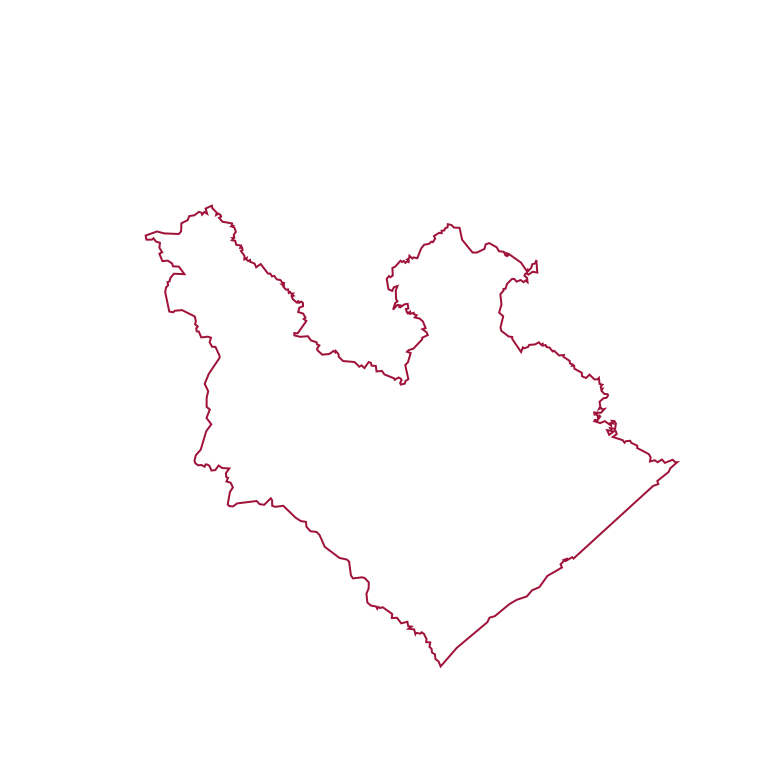 Tasikmalaya, Jawa Barat, Indonesia, rotated 308°
{"feature_id": "22746128B89217704079934", "entity_name": "Tasikmalaya", "entity_type": "district", "adm_level": 2, "iso_a3": "IDN", "parent_name": "Indonesia", "parent_adm1": "Jawa Barat", "projection": "albers", "projection_center": [108.182, -7.428], "detail": "fine", "context": "isolated", "style": "outline", "palette": "rose", "viewbox_px": 768, "rotation_deg": 308, "n_neighbors": 0, "source": "geoboundaries", "source_scale": "gbopen_adm2", "svg_char_len": 6166}
<svg xmlns="http://www.w3.org/2000/svg" viewBox="0 0 768 768"><g transform="rotate(308 384 384)"><path d="M483.3,320.6L480.6,319.2L474.9,324.1L472.1,323.3L472.1,321.5L468.5,321.4L461.4,329.2L462.4,333.1L466.3,332.2L469.5,334.3L464.8,335.8L458.3,341.3L457.5,343.7L454.5,343.0L448.2,345.4L454.5,345.8L455.9,348.3L454.1,348.5L454.6,349.7L459.4,351.1L461.7,353.3L458.5,356.7L456.6,355.1L454.7,357.7L455.3,358.9L453.5,359.4L457.0,360.1L455.5,361.6L458.4,363.6L457.5,364.6L458.3,367.4L455.4,367.3L457.5,371.8L457.2,376.2L453.7,382.3L450.8,380.5L451.0,385.6L449.5,388.4L443.9,385.6L442.6,386.6L429.9,385.4L425.9,382.6L423.6,382.3L424.8,386.0L415.8,389.5L412.0,389.1L402.8,400.2L399.4,399.1L397.1,400.1L393.9,397.6L394.7,396.1L397.9,395.5L398.5,393.4L398.1,391.5L393.9,389.9L394.7,388.4L391.8,378.5L393.0,374.3L389.3,370.4L393.2,366.4L390.8,362.9L392.6,360.5L391.8,358.4L384.5,358.8L384.9,354.9L382.4,353.9L383.2,347.3L376.9,337.6L377.6,331.5L379.5,329.8L380.3,325.7L379.0,326.2L379.1,323.9L374.1,322.5L369.1,317.3L369.6,310.8L370.6,309.4L374.6,309.3L374.0,306.8L375.4,305.2L373.4,299.7L374.8,294.6L369.5,288.8L367.1,283.4L368.9,282.0L370.9,284.8L385.9,284.0L385.8,280.7L387.9,281.3L389.7,277.0L387.9,272.1L391.9,270.3L395.5,272.3L398.0,270.1L398.0,268.0L395.9,267.2L396.9,264.8L395.3,266.2L394.5,265.3L394.7,260.0L396.2,257.3L397.7,258.3L397.5,256.8L399.3,256.7L398.1,255.4L398.7,253.4L397.2,252.9L399.5,250.1L398.0,248.6L398.7,244.7L399.7,244.8L399.6,242.4L400.7,243.7L402.1,243.1L401.2,241.2L402.2,238.7L400.5,235.0L401.6,230.9L399.8,229.5L401.0,226.5L399.6,224.6L402.6,213.0L397.3,211.4L399.2,207.9L397.9,203.2L399.2,202.1L397.3,201.2L397.4,198.8L398.8,198.2L396.3,197.1L399.0,195.3L400.8,189.3L402.4,190.1L404.2,188.2L402.8,186.9L405.1,186.1L402.7,181.9L405.2,178.6L403.7,175.7L405.8,175.9L405.8,174.7L407.2,175.9L408.9,173.8L412.7,173.6L415.2,169.6L414.2,166.7L415.7,167.3L415.3,166.3L417.0,165.4L412.4,156.8L413.4,151.7L415.6,152.6L416.4,151.5L416.4,148.7L413.9,147.7L416.0,146.8L416.9,140.3L418.5,138.5L412.4,135.4L409.3,139.8L408.9,136.5L405.5,136.4L406.6,134.8L405.7,132.2L400.2,130.7L396.5,127.2L392.2,128.4L385.9,125.4L379.4,130.1L375.9,130.0L367.3,118.0L364.4,111.2L354.3,104.8L351.5,107.9L354.8,112.2L356.9,112.7L355.8,116.4L357.3,120.5L353.1,123.1L351.2,128.1L348.4,126.8L344.4,133.7L348.1,137.7L348.5,142.9L346.8,145.2L350.2,150.1L347.7,159.1L341.5,150.5L336.0,150.4L332.8,151.8L331.0,150.7L328.9,153.1L325.7,152.8L321.6,155.1L308.9,170.2L310.8,173.8L312.9,174.0L317.9,179.4L320.7,193.2L318.0,196.8L314.7,198.5L314.7,201.8L312.1,201.9L310.2,204.0L311.3,205.8L308.2,211.3L312.8,216.0L314.0,219.1L309.5,220.9L307.5,225.7L309.5,228.3L304.9,237.1L303.5,238.3L284.1,239.7L273.7,242.6L270.1,249.9L264.0,252.7L256.8,258.3L256.6,262.5L248.0,265.0L245.9,272.7L237.3,273.0L219.4,280.0L212.0,279.6L206.7,282.0L205.4,284.2L205.5,287.6L207.8,290.1L208.4,293.5L210.8,293.0L211.8,294.4L212.0,296.8L209.6,301.3L212.2,304.0L217.9,303.9L218.2,308.3L222.2,314.1L216.4,314.3L213.6,316.9L214.0,318.9L210.2,319.9L211.8,323.9L209.5,328.6L204.0,329.1L192.9,335.0L192.5,337.2L194.6,340.4L199.5,341.8L213.4,355.7L212.7,359.9L215.1,364.0L224.2,365.1L223.5,367.4L219.2,370.9L220.4,374.1L226.0,379.6L224.2,396.7L224.8,402.9L227.3,407.3L223.7,410.9L222.7,416.7L225.9,421.9L225.3,426.2L219.2,437.6L219.5,456.0L222.8,462.8L222.6,465.8L212.8,475.8L211.7,479.2L218.3,485.9L219.2,488.2L218.3,494.2L213.2,497.9L208.0,499.2L201.5,505.5L201.4,510.2L203.8,514.8L202.7,517.1L204.8,516.8L205.0,518.7L207.3,520.5L207.8,532.1L204.4,534.2L207.8,538.2L206.0,544.9L211.0,548.8L208.1,552.2L209.7,555.0L206.2,554.0L209.2,558.8L206.3,562.7L207.6,562.4L209.8,566.5L211.5,566.5L211.7,569.3L209.2,574.5L206.6,576.1L208.8,579.6L204.8,581.7L204.7,584.3L201.9,587.3L202.4,590.5L199.0,593.8L199.0,597.7L196.3,602.5L221.0,603.8L259.9,612.1L264.8,611.0L269.4,614.3L287.7,618.3L295.7,621.5L304.5,627.3L312.6,627.7L319.6,631.5L333.4,630.9L349.0,637.2L350.6,634.1L355.1,634.7L355.7,633.7L359.8,636.4L355.5,635.8L363.4,638.9L363.1,640.8L469.3,658.8L474.0,661.8L475.8,659.1L489.9,662.4L493.8,661.5L502.9,663.2L501.7,661.9L502.0,658.1L494.8,653.9L495.6,649.5L490.8,647.8L490.6,644.3L486.7,641.3L490.3,639.3L491.8,635.8L489.4,622.8L491.3,621.6L489.9,615.1L490.8,612.9L487.8,609.8L485.8,609.7L486.7,606.7L483.1,596.9L487.8,598.2L489.5,595.8L488.9,594.5L482.6,592.8L485.0,588.2L487.3,592.6L488.5,589.4L490.9,593.8L495.6,591.1L496.7,588.4L495.2,586.2L494.0,589.0L492.6,586.6L491.0,588.5L490.7,580.9L486.3,578.4L484.2,572.5L485.7,572.3L486.6,574.6L491.5,574.4L491.7,573.4L489.4,573.0L491.3,570.9L489.5,568.8L490.9,567.1L494.9,572.7L500.0,573.1L498.4,571.8L498.8,569.6L496.7,568.8L499.6,568.1L502.7,564.8L507.8,565.7L510.0,567.8L513.0,567.6L513.6,566.5L511.8,563.6L512.6,559.4L515.0,559.1L514.0,557.9L515.6,556.2L517.9,556.5L516.8,553.8L521.1,549.6L519.1,549.4L517.2,546.9L517.9,540.2L513.2,539.6L512.0,535.4L514.6,532.9L513.3,524.6L515.4,522.6L514.1,521.0L515.5,520.7L514.7,517.9L516.5,516.1L515.9,508.7L517.6,507.9L514.3,504.5L514.9,497.6L513.5,496.9L514.6,491.9L513.2,489.4L514.2,487.4L511.9,485.4L513.3,484.3L511.6,483.5L512.2,480.4L508.1,478.6L504.2,474.3L501.9,474.7L498.3,472.4L498.3,470.9L493.6,472.3L498.5,457.2L500.0,456.1L498.2,453.0L498.1,443.8L500.1,441.1L510.8,436.2L511.1,430.8L519.0,427.6L526.4,420.4L531.1,420.7L532.5,419.6L533.9,421.1L538.6,419.3L545.7,420.2L547.0,422.1L546.3,425.4L550.1,427.7L550.2,431.3L552.7,431.8L552.6,434.4L555.7,431.4L555.8,428.1L557.6,427.4L559.0,428.1L559.1,430.5L564.0,432.1L566.2,436.2L575.5,427.7L572.2,428.9L569.6,427.1L566.3,428.5L562.3,428.2L562.6,427.1L560.6,427.9L564.0,417.2L563.3,402.1L562.6,400.3L561.6,402.6L560.5,402.2L560.2,400.4L561.9,397.0L559.4,392.8L561.1,388.6L559.8,380.1L556.6,378.2L552.3,380.0L544.7,376.2L542.1,372.8L545.8,356.7L553.6,347.4L550.4,342.9L550.8,339.2L549.2,335.9L546.5,337.6L544.4,336.3L542.1,337.0L540.3,335.0L538.4,336.6L537.1,334.4L531.4,332.3L530.1,334.8L525.8,335.2L525.3,333.7L522.2,333.2L518.5,329.9L513.8,329.8L503.6,332.8L501.9,329.3L500.3,329.1L500.7,325.1L498.7,326.3L496.4,325.6L496.7,327.4L495.3,328.3L495.1,326.8L492.6,326.3L493.2,323.8L491.3,323.2L491.3,321.1L483.3,320.6Z" fill="none" stroke="#9f1239" stroke-width="2"/></g></svg>